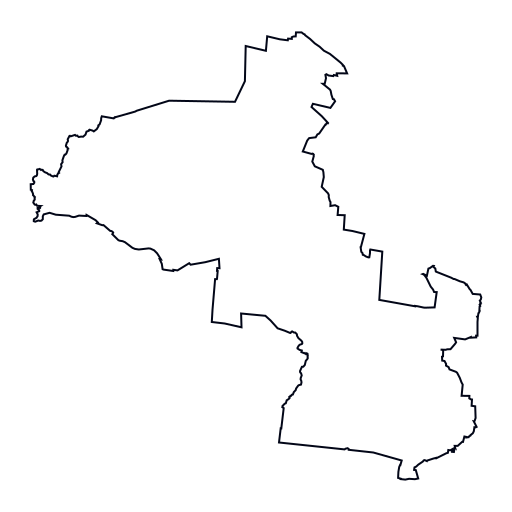 the district of Ojocaliente, Zacatecas, Mexico
{"feature_id": "50627088B28606708050164", "entity_name": "Ojocaliente", "entity_type": "district", "adm_level": 2, "iso_a3": "MEX", "parent_name": "Mexico", "parent_adm1": "Zacatecas", "projection": "orthographic", "projection_center": [-102.224, 22.565], "detail": "fine", "context": "isolated", "style": "outline", "palette": "ink", "viewbox_px": 512, "rotation_deg": 0, "n_neighbors": 0, "source": "geoboundaries", "source_scale": "gbopen_adm2", "svg_char_len": 5959}
<svg xmlns="http://www.w3.org/2000/svg" viewBox="0 0 512 512"><path d="M36.6,212.3L37.7,214.4L37.6,216.1L36.5,217.8L34.0,219.2L33.8,219.8L33.8,221.2L35.2,221.7L38.3,220.5L40.0,220.9L41.5,220.6L42.8,219.2L42.8,216.3L43.7,214.4L49.6,212.8L55.8,214.7L69.2,215.7L71.4,216.7L73.3,217.1L75.1,216.9L79.0,215.6L86.4,216.0L86.5,214.9L95.6,220.2L97.9,222.5L96.9,223.3L102.3,225.2L103.5,225.1L110.2,230.9L111.5,231.1L112.7,231.9L113.2,232.7L112.3,234.2L118.4,240.2L119.7,240.7L122.7,241.2L125.0,242.2L132.4,247.8L134.9,248.9L138.8,249.5L148.6,248.4L150.4,248.6L154.1,250.3L157.1,253.3L160.7,258.9L161.0,259.4L159.7,259.2L161.8,263.8L162.6,269.2L163.6,269.6L173.3,271.0L173.3,269.8L177.5,270.4L189.2,263.2L190.6,264.7L205.2,262.2L218.9,258.8L219.5,268.2L217.2,268.1L217.0,270.9L217.7,271.0L217.0,278.8L216.9,279.1L215.1,279.1L212.5,309.8L211.8,322.0L224.7,323.5L241.5,327.3L241.1,313.5L265.4,315.8L270.6,320.5L277.6,328.3L284.7,330.7L290.2,333.0L290.6,332.9L291.4,331.8L292.1,331.4L294.1,332.6L295.1,332.5L295.6,332.9L296.9,334.3L297.0,335.7L298.4,338.1L301.4,340.7L302.2,341.9L302.3,343.4L301.9,344.0L299.6,344.8L298.6,345.9L297.5,347.8L297.5,348.5L299.6,349.9L301.8,350.5L301.4,352.1L304.7,353.4L305.0,353.1L306.3,354.4L306.6,354.4L306.9,353.4L307.5,353.7L307.8,355.9L307.5,356.9L307.8,358.0L307.3,359.1L305.8,360.8L304.8,365.0L303.3,366.7L301.9,366.8L300.0,371.1L300.2,372.4L301.1,373.3L301.7,375.4L300.7,378.1L300.6,379.4L301.3,380.9L301.5,382.4L301.0,384.6L299.0,385.1L298.2,385.6L296.1,388.5L295.7,390.1L293.8,392.1L292.9,394.5L291.9,394.7L291.1,395.8L290.5,395.8L290.3,396.3L289.4,396.8L289.2,397.0L289.6,398.0L288.6,399.1L286.7,400.3L285.8,403.3L284.7,403.7L282.5,406.0L282.6,406.5L282.3,407.1L283.7,408.1L281.3,428.4L280.7,428.3L279.0,442.5L344.6,449.4L345.5,448.7L347.6,448.2L348.7,449.0L348.7,449.8L373.3,452.5L401.7,460.5L400.4,465.0L400.1,464.9L399.2,467.0L398.4,471.8L398.1,477.9L400.8,478.7L400.7,479.1L405.3,479.6L409.1,478.8L414.9,479.2L418.2,478.5L415.8,470.1L414.1,469.9L414.5,467.4L416.2,466.6L418.2,464.7L422.9,461.5L423.7,460.4L424.7,460.1L426.9,461.1L427.1,460.6L433.2,458.6L436.3,457.8L436.4,458.2L446.2,453.3L447.9,452.8L448.3,450.0L450.3,450.3L452.4,449.1L452.0,451.8L453.9,452.0L454.8,447.2L455.1,447.5L454.7,445.9L457.7,445.9L462.2,441.8L463.0,441.9L464.4,436.5L466.3,436.9L466.3,437.5L468.5,437.2L468.5,436.8L470.5,435.5L470.5,435.1L472.8,433.3L473.8,431.3L474.4,427.2L475.6,427.4L476.6,426.9L473.8,421.4L474.2,421.5L474.6,420.9L475.6,418.0L475.2,406.3L471.6,405.8L472.0,399.5L471.0,399.4L469.3,398.4L469.4,395.9L461.6,395.8L462.7,384.6L461.5,382.4L459.8,377.9L457.1,372.7L455.9,371.8L449.5,369.4L448.6,367.1L446.0,365.6L446.1,363.9L444.5,361.0L442.2,360.6L442.0,356.7L443.0,356.4L443.2,350.0L440.6,349.6L445.6,349.8L447.3,349.3L450.5,349.2L455.2,343.7L456.1,342.3L454.2,337.9L465.1,339.4L470.7,337.1L470.6,337.7L476.2,337.4L476.1,335.7L477.5,335.7L477.5,321.9L477.8,318.2L477.2,316.8L477.9,316.8L478.4,313.2L478.8,313.0L479.3,311.9L479.3,311.0L479.7,310.8L479.4,309.6L479.6,306.5L480.2,306.1L479.7,304.7L480.4,304.4L480.2,303.3L480.9,303.0L479.8,300.6L480.8,299.5L481.3,297.4L480.2,294.5L472.7,293.9L470.5,289.9L469.7,289.2L466.8,284.5L466.1,285.0L465.7,284.6L465.4,283.6L463.7,282.4L459.9,281.3L454.5,279.0L453.6,279.0L451.2,277.7L436.1,271.7L435.8,271.5L435.3,268.5L433.2,266.7L433.7,265.9L433.0,265.8L430.0,268.0L428.4,268.6L426.9,275.7L423.2,273.9L422.7,274.1L423.7,274.5L424.6,275.4L426.5,278.0L430.7,286.6L433.1,289.6L434.1,292.0L436.7,292.1L434.6,307.4L424.8,307.7L423.3,307.5L417.8,306.3L415.1,305.9L415.1,306.3L379.3,299.9L382.3,251.6L370.3,249.5L370.0,250.4L370.0,253.1L369.3,257.3L368.4,257.4L366.0,256.5L363.5,254.9L362.8,254.8L362.5,253.1L361.3,251.8L360.6,247.2L360.9,247.1L364.4,233.9L352.4,231.0L343.8,229.6L344.7,215.2L337.6,215.0L338.3,206.8L335.1,205.2L330.4,206.0L330.5,202.1L329.7,200.7L328.7,197.0L328.8,195.1L328.1,193.4L321.7,186.8L323.8,177.1L323.4,172.2L322.8,169.8L314.8,166.3L312.3,161.6L313.8,156.0L313.5,154.8L313.7,154.6L313.2,153.9L312.6,153.6L311.5,153.9L302.8,151.5L307.2,140.6L308.9,138.4L309.2,138.1L315.7,137.3L317.4,134.4L319.2,133.5L325.3,124.7L325.6,124.8L326.8,123.0L328.6,123.6L321.8,116.2L311.5,107.0L312.9,103.8L330.4,107.9L335.1,101.3L333.9,99.2L332.8,99.0L331.4,94.7L330.7,91.0L330.0,89.6L322.8,83.8L324.7,83.8L326.0,78.2L325.4,74.8L326.4,74.2L328.6,75.5L333.3,76.1L333.8,75.0L337.2,75.8L337.0,74.9L336.6,74.8L336.7,73.3L347.1,73.4L344.0,66.1L342.9,65.7L343.0,65.2L342.7,65.0L342.7,64.7L340.6,62.6L329.9,53.9L323.9,50.7L319.6,46.7L314.8,43.4L310.1,39.0L305.1,35.2L304.6,34.3L303.6,34.0L301.6,32.4L296.0,32.4L295.7,36.4L293.4,36.5L291.8,37.2L291.8,38.9L288.1,38.6L287.8,40.3L279.8,39.3L267.2,36.3L265.9,50.8L245.7,46.0L244.9,81.2L235.0,101.8L169.1,100.7L136.8,110.7L135.1,111.6L115.7,117.1L115.1,117.0L114.6,117.8L114.1,117.8L113.7,118.4L101.8,116.3L101.2,118.1L101.1,120.3L99.6,124.4L98.3,125.4L98.5,126.2L96.8,129.1L93.8,131.4L92.6,130.6L89.5,129.7L88.9,130.2L88.8,130.8L86.5,131.6L85.5,134.6L83.1,136.7L81.1,136.6L78.8,137.0L77.4,136.0L77.3,135.6L75.8,135.7L75.0,134.9L71.1,136.2L70.3,136.3L69.9,135.8L69.5,135.9L67.7,139.3L68.0,140.8L67.8,141.6L66.8,142.7L65.9,145.7L66.1,146.6L67.1,147.2L68.1,148.6L67.6,148.8L67.6,150.2L66.4,153.5L65.3,154.7L64.6,154.7L63.9,156.0L62.4,160.3L62.6,162.2L61.1,164.2L61.5,166.4L58.7,172.1L58.5,172.7L58.9,173.0L57.9,173.7L57.3,174.8L57.1,176.3L54.3,175.7L53.5,176.5L52.6,176.3L50.7,175.4L50.2,174.6L48.5,174.4L47.1,173.1L45.0,172.3L43.3,171.1L42.7,169.9L41.5,169.7L41.0,170.0L39.7,168.9L37.8,169.5L37.3,169.4L37.0,169.8L37.2,173.9L36.8,175.5L36.2,176.1L34.7,176.4L33.3,177.6L32.9,179.5L33.4,181.0L34.2,181.5L34.3,182.7L33.4,184.0L30.7,184.2L30.8,189.8L32.0,190.1L31.8,191.4L32.4,192.1L33.1,194.1L33.0,195.1L34.9,197.1L34.5,197.8L34.8,199.1L34.3,200.3L33.8,200.6L33.3,202.6L34.7,204.6L35.6,204.8L36.3,204.5L37.1,205.8L40.6,206.0L40.3,206.2L40.1,207.9L37.6,208.0L37.6,208.9L39.2,210.1L39.2,211.2L36.6,212.3Z" fill="none" stroke="#020617" stroke-width="2"/></svg>